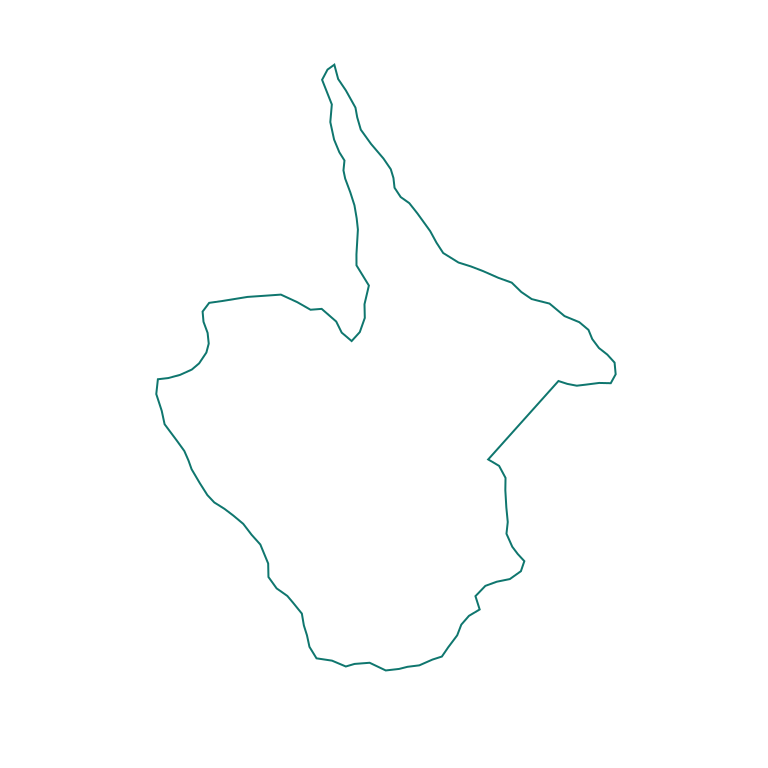 Cruzália, São Paulo, Brazil, rotated 291°
{"feature_id": "56859067B72115039029830", "entity_name": "Cruzália", "entity_type": "district", "adm_level": 2, "iso_a3": "BRA", "parent_name": "Brazil", "parent_adm1": "São Paulo", "projection": "robinson", "projection_center": [-50.755, -22.735], "detail": "fine", "context": "isolated", "style": "outline", "palette": "teal", "viewbox_px": 768, "rotation_deg": 291, "n_neighbors": 0, "source": "geoboundaries", "source_scale": "gbopen_adm2", "svg_char_len": 1798}
<svg xmlns="http://www.w3.org/2000/svg" viewBox="0 0 768 768"><g transform="rotate(291 384 384)"><path d="M664.3,223.2L657.3,218.6L645.8,217.2L626.3,235.1L609.3,240.0L594.3,249.8L584.3,259.3L578.5,267.0L568.9,269.6L561.9,274.1L550.8,283.9L540.2,292.4L528.9,299.1L518.8,304.3L495.2,311.8L484.9,315.8L475.8,327.7L470.5,334.6L451.5,337.2L438.8,342.4L423.8,342.8L412.5,338.4L416.8,326.1L425.2,317.0L431.8,298.9L427.0,288.8L429.3,273.8L430.5,255.7L422.9,239.4L416.4,225.4L403.6,203.4L397.1,191.7L386.6,188.7L377.4,193.2L368.5,201.0L358.9,205.9L349.7,206.9L337.0,204.0L328.6,199.4L319.4,190.3L312.2,180.4L307.4,171.2L293.0,175.0L279.3,186.1L267.8,193.6L256.5,211.5L249.9,221.6L242.5,228.9L235.5,234.9L225.4,247.6L217.0,258.9L212.6,268.0L210.3,279.7L207.2,290.4L203.0,302.7L195.8,314.4L189.8,326.1L174.9,340.2L162.4,345.3L154.7,357.0L151.5,369.7L147.2,377.5L140.2,389.6L129.9,395.7L121.7,402.2L111.9,408.6L103.7,419.3L107.1,434.6L106.6,449.6L112.1,456.8L118.6,470.5L117.2,488.3L123.4,500.2L128.4,507.3L134.0,517.8L144.1,528.0L150.3,535.7L161.2,538.3L175.6,542.4L187.1,542.4L198.0,546.4L207.8,554.1L218.7,545.4L231.9,551.0L239.8,560.1L247.0,571.4L258.3,578.9L268.9,578.5L273.2,569.8L278.0,562.1L288.1,552.0L299.5,549.0L312.7,542.4L328.4,535.3L339.9,531.1L348.8,520.8L350.9,508.3L449.3,545.8L449.8,555.1L451.5,564.6L455.6,572.4L462.1,584.5L466.0,595.4L476.1,596.8L486.6,591.6L491.5,581.9L494.6,571.8L500.6,562.3L507.8,555.5L511.7,544.2L512.1,528.2L518.4,509.7L516.2,491.5L519.1,479.2L524.4,466.9L524.1,452.8L524.9,436.0L524.9,422.9L524.1,410.0L527.5,392.3L534.7,382.4L543.3,372.3L555.2,354.1L561.9,342.8L564.5,332.6L571.0,323.5L579.7,319.0L586.9,313.4L594.3,302.7L603.5,285.8L613.1,271.2L623.4,263.4L631.8,258.3L644.4,243.2L652.3,231.9L664.3,223.2Z" fill="none" stroke="#0f766e" stroke-width="2"/></g></svg>